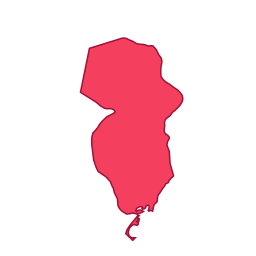 SVG path tracing the border of Ash Sharqiyah, rotated 136°
{"feature_id": "EGY-1535", "entity_name": "Ash Sharqiyah", "entity_type": "Governorate", "adm_level": 1, "iso_a3": "EGY", "parent_name": "Egypt", "parent_adm1": "", "projection": "albers", "projection_center": [31.859, 30.68], "detail": "fine", "context": "isolated", "style": "filled", "palette": "rose", "viewbox_px": 256, "rotation_deg": 136, "n_neighbors": 0, "source": "natural_earth", "source_scale": "10m", "svg_char_len": 2347}
<svg xmlns="http://www.w3.org/2000/svg" viewBox="0 0 256 256"><g transform="rotate(136 128 128)"><path d="M168.1,51.1L168.4,52.1L169.3,53.1L170.7,53.6L170.7,54.9L169.2,55.3L168.2,55.9L167.4,56.9L166.9,58.4L167.6,58.7L168.8,59.5L170.2,58.6L171.5,58.4L172.8,58.7L173.8,59.5L173.8,60.6L172.8,60.6L172.8,61.9L174.2,63.2L176.1,64.0L178.1,64.1L179.9,62.9L179.9,61.9L177.7,61.8L176.2,60.7L175.3,59.0L174.8,57.2L177.0,57.7L180.0,59.2L181.4,59.4L181.5,60.4L184.0,63.8L186.1,65.0L188.7,67.0L190.1,72.2L190.2,74.2L190.0,76.3L189.1,79.1L184.7,84.6L182.7,91.0L180.6,94.5L179.7,97.5L177.9,101.8L177.8,108.4L179.7,117.4L178.2,121.9L175.1,128.6L165.3,141.6L160.7,146.3L156.7,148.8L152.4,149.0L148.6,149.5L146.4,150.3L142.4,150.8L136.0,150.8L135.5,150.8L128.8,148.7L128.2,148.7L127.0,148.5L126.4,148.4L126.0,148.6L125.7,149.2L125.6,151.0L126.3,152.8L127.9,154.9L129.6,156.3L131.1,158.3L132.4,162.6L133.0,168.8L137.4,186.7L100.4,212.1L69.6,196.6L68.1,195.1L66.9,193.5L65.7,190.0L64.4,187.3L63.3,183.0L61.9,180.8L60.4,179.0L59.0,177.6L57.9,176.0L56.5,173.0L54.0,170.9L53.0,169.6L53.2,164.9L55.1,158.9L55.4,155.9L56.2,154.0L57.9,151.8L61.7,149.2L64.9,146.2L68.4,142.3L69.1,138.9L68.9,135.5L68.6,133.9L67.7,130.8L67.0,126.0L65.8,120.1L65.9,116.6L66.3,114.2L67.2,112.3L68.5,110.8L69.9,109.7L72.3,108.8L75.1,108.2L82.3,108.0L83.7,108.3L85.2,108.4L87.4,108.0L88.8,107.6L93.8,108.2L95.6,108.0L98.0,106.6L99.4,104.7L104.0,100.8L104.8,99.2L105.0,97.7L104.5,95.0L104.6,93.0L105.7,91.8L107.0,91.3L108.6,90.9L109.7,90.3L111.6,88.9L112.6,87.2L113.3,85.2L114.7,82.3L122.5,73.1L127.9,62.9L128.6,61.9L128.9,61.9L129.6,61.8L130.4,61.8L131.4,62.0L132.1,62.0L132.4,62.0L133.0,61.8L133.7,61.7L134.8,61.7L135.1,61.6L136.4,60.9L137.0,60.8L137.4,60.8L137.7,60.9L138.8,61.4L139.4,61.5L139.8,61.5L140.1,61.5L140.8,61.3L141.8,60.9L142.1,60.8L144.2,60.6L151.1,59.0L152.8,58.8L153.1,58.7L153.5,58.6L158.0,55.0L158.5,54.8L159.2,54.7L161.8,54.8L162.2,54.7L163.6,54.1L168.1,51.1ZM181.3,58.2L180.8,57.2L183.1,57.1L183.9,57.2L183.9,55.9L183.2,55.7L183.1,55.3L182.9,54.9L183.1,54.7L184.9,53.5L185.0,54.6L185.4,54.8L186.0,54.7L186.9,54.8L186.3,53.0L187.4,51.7L189.1,51.6L190.7,54.4L192.5,55.1L194.8,55.1L196.9,54.8L200.4,52.7L202.1,49.7L201.6,46.5L199.0,44.0L202.5,43.9L202.7,44.1L203.0,53.6L199.3,55.5L194.0,56.7L181.3,58.2L181.3,58.2Z" fill="#f43f5e" stroke="#9f1239" stroke-width="1.5"/></g></svg>